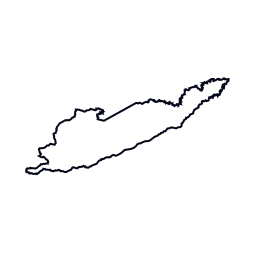 Mesetas, Meta, Colombia (Natural Earth projection), rotated 258°
{"feature_id": "7082276B5195747171528", "entity_name": "Mesetas", "entity_type": "district", "adm_level": 2, "iso_a3": "COL", "parent_name": "Colombia", "parent_adm1": "Meta", "projection": "natural_earth1", "projection_center": [-74.101, 3.108], "detail": "fine", "context": "isolated", "style": "outline", "palette": "ink", "viewbox_px": 256, "rotation_deg": 258, "n_neighbors": 0, "source": "geoboundaries", "source_scale": "gbopen_adm2", "svg_char_len": 5986}
<svg xmlns="http://www.w3.org/2000/svg" viewBox="0 0 256 256"><g transform="rotate(258 128 128)"><path d="M141.8,57.5L140.4,57.8L139.6,56.9L138.1,56.1L138.3,55.1L137.5,53.8L135.3,54.1L133.8,53.6L131.5,54.3L128.3,54.2L126.9,52.7L128.7,48.8L127.3,46.6L127.7,45.8L127.6,45.1L126.2,42.7L126.0,40.7L126.5,37.3L125.8,36.4L123.2,36.7L122.1,36.5L121.1,37.4L120.6,37.5L119.2,36.0L119.1,35.3L117.4,37.2L117.1,38.5L117.5,39.3L117.3,39.7L114.4,41.4L113.2,42.6L111.4,43.0L110.7,42.3L109.9,42.2L110.3,41.1L110.1,39.3L110.6,38.0L110.3,36.4L110.7,35.1L109.8,34.3L109.1,32.5L108.2,31.2L107.6,29.0L108.6,26.2L108.7,24.8L109.2,24.6L109.5,24.1L108.9,22.6L109.5,21.0L108.9,20.1L108.0,20.2L107.2,19.4L105.9,19.5L105.4,21.6L104.9,22.0L104.3,21.9L104.2,22.7L103.7,23.0L103.9,24.4L102.9,25.4L102.6,27.4L102.2,28.2L102.6,28.7L101.9,29.3L102.5,31.1L103.2,31.8L104.1,33.6L104.9,36.1L105.8,36.7L105.0,38.5L104.4,38.8L103.8,41.4L103.1,42.6L103.2,43.4L102.1,43.8L101.7,45.2L101.3,45.6L101.2,46.1L101.5,46.9L101.4,47.8L101.7,48.1L101.1,50.0L101.4,51.3L101.1,51.4L101.0,52.4L99.8,53.1L100.0,53.5L99.6,54.5L98.9,56.1L98.3,56.5L97.7,58.4L98.5,60.3L98.4,61.2L98.9,62.5L99.0,63.6L100.7,65.2L101.0,66.2L100.6,66.5L100.6,67.1L99.4,69.1L99.1,70.3L99.6,70.6L100.1,72.1L99.8,72.5L99.9,74.5L99.6,75.1L100.2,76.6L99.2,77.5L99.2,78.2L98.7,78.1L98.2,78.5L97.8,80.1L97.4,80.7L98.2,82.8L98.1,83.7L98.5,84.0L98.8,85.3L99.6,89.9L102.1,92.9L102.3,95.0L103.1,95.3L103.1,96.3L102.7,96.9L102.9,98.2L103.5,99.0L103.8,101.4L103.1,103.6L103.4,104.1L103.3,105.0L104.1,105.8L104.7,107.6L104.7,108.3L103.6,109.7L103.5,111.5L104.8,115.9L107.2,120.2L106.9,126.8L107.5,129.8L108.5,131.8L110.2,133.9L110.6,136.2L110.3,137.0L110.9,138.8L111.5,141.9L111.0,145.0L111.4,147.2L113.8,152.1L114.4,155.4L115.4,157.0L115.4,158.2L116.3,159.2L116.3,161.2L117.4,162.3L117.0,163.8L119.3,166.5L119.1,168.6L119.4,169.3L119.5,170.7L117.7,175.0L117.8,175.8L118.3,176.8L118.0,179.2L118.5,180.4L119.2,181.0L121.2,181.3L121.5,182.4L122.1,182.7L122.8,183.7L124.3,184.7L124.6,186.3L125.1,186.9L126.0,186.9L125.8,188.3L126.8,190.4L128.2,191.4L128.7,194.8L129.5,194.9L131.9,196.5L132.2,197.0L132.2,197.9L132.9,198.8L133.1,200.6L133.8,201.5L134.5,201.3L135.6,202.1L136.2,203.0L136.0,204.1L136.2,204.9L137.0,205.5L138.3,205.6L139.0,206.5L139.0,206.9L138.2,207.9L139.0,209.8L138.1,210.4L137.9,211.5L138.4,212.7L140.9,213.6L140.4,214.6L141.3,215.1L141.3,215.6L140.4,215.6L140.6,216.9L140.0,217.3L140.6,217.7L141.6,217.4L141.8,218.2L142.5,218.4L142.9,219.4L142.5,220.2L141.7,219.9L141.8,221.0L142.5,222.1L142.4,222.5L140.7,222.5L141.5,223.5L141.4,224.5L141.8,224.8L142.4,224.7L142.9,225.4L144.2,225.3L144.1,226.7L144.4,227.0L144.8,226.8L144.6,225.6L145.3,225.6L146.0,226.9L145.8,228.0L147.1,228.7L146.7,230.0L148.1,230.5L148.8,229.3L149.1,229.7L148.8,230.2L148.9,230.7L149.6,231.2L149.9,231.1L150.0,230.6L149.4,229.1L150.6,229.7L151.2,231.8L150.7,233.3L152.5,234.2L153.0,235.9L154.9,236.6L155.2,235.2L154.9,234.5L156.4,232.5L155.8,232.3L156.4,231.4L155.7,229.5L155.8,228.6L156.2,227.0L156.7,226.8L157.1,227.1L157.3,226.3L157.3,225.5L156.8,224.7L156.1,221.5L156.4,221.2L157.1,221.9L157.7,221.6L158.1,221.9L158.6,219.7L158.1,219.0L157.1,218.7L157.9,217.9L157.8,217.6L156.4,217.5L157.0,216.8L156.9,215.1L155.5,214.8L156.2,214.0L156.2,213.6L155.8,213.5L155.9,213.1L156.9,212.3L156.5,211.7L156.5,211.0L156.2,211.5L155.8,210.7L155.5,211.1L155.0,209.4L154.3,210.0L154.0,208.5L152.0,208.8L151.9,209.1L152.2,209.4L151.9,209.6L151.3,209.3L151.0,208.4L150.2,208.7L149.3,207.8L149.8,206.6L150.1,206.5L150.3,206.9L151.6,205.6L151.9,204.8L152.6,204.7L153.4,204.2L153.7,203.4L154.9,203.7L154.8,203.0L155.3,202.5L154.2,201.0L154.6,199.0L154.2,197.8L154.3,196.3L153.6,196.0L153.0,196.2L152.3,195.0L152.7,194.0L153.8,192.8L153.9,192.3L153.3,192.2L153.1,191.2L152.2,191.3L149.8,190.4L149.1,190.6L149.1,190.1L149.5,189.8L148.6,188.3L148.7,187.5L148.0,187.2L147.4,187.6L146.3,187.4L146.3,187.1L146.8,186.8L146.4,185.8L145.8,186.4L145.6,186.0L145.1,185.9L145.9,185.1L145.6,184.6L145.3,184.5L145.2,185.1L144.5,184.8L144.3,185.2L143.8,184.6L143.3,185.3L143.4,184.9L143.1,184.8L143.2,184.4L142.7,183.9L142.0,184.5L142.4,184.7L142.2,185.4L141.5,184.8L141.9,184.4L141.6,183.5L141.5,184.3L140.7,184.5L141.2,183.8L139.9,182.2L140.3,182.3L140.6,181.7L140.9,182.0L141.2,180.9L141.0,180.6L140.9,181.1L139.9,181.3L140.4,180.6L140.3,180.0L140.4,179.6L139.8,177.9L140.3,177.5L140.5,178.0L141.1,177.7L141.4,176.3L142.8,176.6L142.5,175.9L143.1,175.6L143.3,174.5L143.7,174.4L143.1,174.1L142.9,173.1L143.3,172.9L143.9,173.3L143.7,172.7L144.3,172.8L144.0,172.1L144.6,171.2L144.4,170.6L145.3,170.2L144.9,169.9L145.3,169.8L145.5,169.2L146.2,169.5L146.8,169.3L146.7,168.7L147.2,168.8L146.5,168.3L146.8,168.0L147.3,168.3L146.8,167.7L147.5,166.6L147.3,166.0L148.8,164.5L148.7,163.9L147.8,164.0L148.1,163.3L147.6,162.2L147.7,160.8L148.0,160.7L148.0,160.1L148.5,160.0L148.7,159.5L149.0,159.9L149.9,159.5L150.0,158.1L150.8,157.2L151.4,155.8L151.0,154.4L150.5,154.3L150.1,153.5L149.2,153.6L148.9,153.1L149.1,152.3L149.7,151.7L149.6,151.3L149.8,150.7L149.3,148.5L148.9,148.1L148.7,146.5L149.6,145.8L150.4,144.3L149.9,142.9L150.4,142.5L150.8,141.1L140.1,106.0L142.8,100.3L143.2,100.6L143.8,100.5L144.4,100.9L144.5,100.5L145.3,100.7L145.4,100.4L146.5,100.3L147.7,100.7L147.5,101.9L147.8,102.2L147.4,103.3L147.6,104.3L147.9,103.6L148.1,104.0L148.5,103.8L148.6,104.7L149.1,104.5L149.0,104.9L148.1,104.9L148.5,105.6L148.0,106.1L148.7,106.0L148.9,105.6L148.9,106.2L148.6,106.5L149.0,107.3L149.3,106.9L149.7,106.9L149.7,106.3L150.2,106.7L150.1,107.9L151.9,105.1L152.1,104.3L152.6,104.2L152.9,103.5L153.4,103.2L153.1,102.0L153.6,101.0L152.3,100.6L152.1,100.0L154.5,95.2L153.6,94.0L153.8,90.8L153.1,89.7L153.0,88.8L154.8,86.4L155.0,85.4L156.1,83.8L156.9,80.9L155.8,80.9L155.1,79.8L153.1,79.2L152.4,79.4L151.6,78.6L150.3,78.4L150.1,77.3L149.7,76.8L149.8,75.7L148.8,74.6L147.7,71.9L148.4,70.5L148.2,69.4L148.6,68.9L148.4,67.2L148.0,66.4L146.8,62.2L143.5,58.5L142.1,58.1L141.8,57.5Z" fill="none" stroke="#020617" stroke-width="2"/></g></svg>